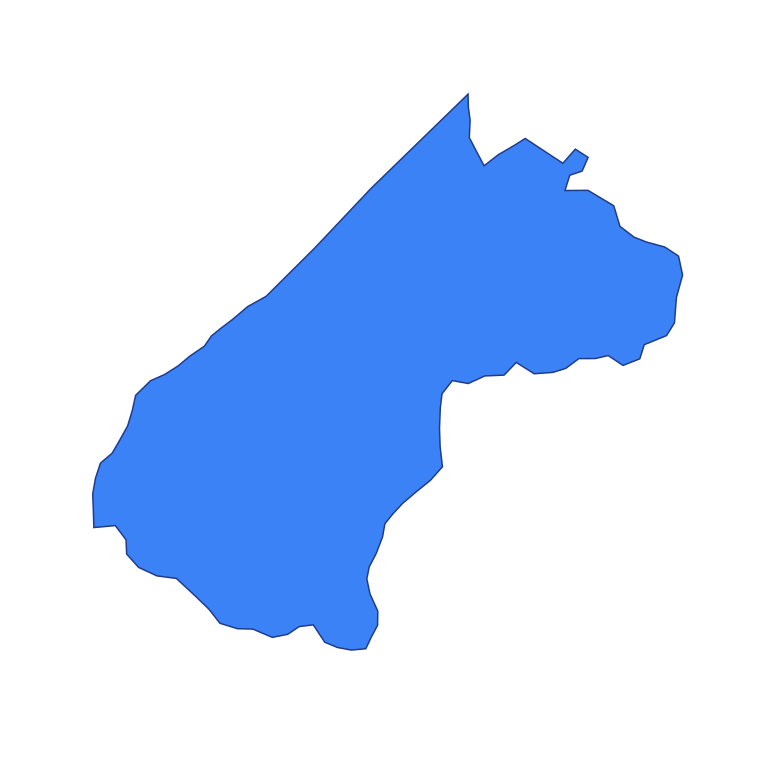 Canudos do Vale, Rio Grande do Sul, Brazil, rotated 134°
{"feature_id": "56859067B82095060655770", "entity_name": "Canudos do Vale", "entity_type": "district", "adm_level": 2, "iso_a3": "BRA", "parent_name": "Brazil", "parent_adm1": "Rio Grande do Sul", "projection": "orthographic", "projection_center": [-52.234, -29.324], "detail": "fine", "context": "isolated", "style": "filled", "palette": "blue", "viewbox_px": 768, "rotation_deg": 134, "n_neighbors": 0, "source": "geoboundaries", "source_scale": "gbopen_adm2", "svg_char_len": 1363}
<svg xmlns="http://www.w3.org/2000/svg" viewBox="0 0 768 768"><g transform="rotate(134 384 384)"><path d="M117.1,524.9L252.3,529.2L333.9,528.3L402.8,529.7L422.9,535.8L442.7,537.8L457.5,540.1L469.3,541.5L481.4,539.5L498.7,543.0L514.2,544.7L529.8,548.5L543.8,554.2L564.6,554.8L577.9,546.7L592.2,539.3L608.3,535.0L622.6,531.5L637.9,533.0L652.2,526.1L665.5,517.1L677.3,504.8L688.8,493.0L672.5,478.9L675.3,461.3L685.1,451.0L686.4,433.1L679.8,414.1L668.1,398.3L667.6,373.3L667.6,353.4L670.1,335.8L661.8,319.4L651.5,308.2L643.8,288.3L631.0,279.4L617.4,276.5L606.4,267.6L610.9,247.2L605.9,234.5L598.1,222.7L587.1,213.2L574.3,217.5L562.0,221.0L551.7,230.7L544.7,248.3L536.1,261.0L525.8,267.6L511.3,271.9L495.0,278.8L483.9,286.3L471.1,287.4L457.1,287.7L439.7,286.0L420.9,283.7L402.9,284.5L390.1,300.1L377.3,313.3L362.2,326.8L350.7,335.5L334.1,337.2L325.1,323.7L308.2,317.1L294.2,303.8L276.6,303.8L272.3,283.1L258.5,270.7L246.5,264.1L230.4,261.5L218.9,249.7L207.8,242.5L204.6,225.0L188.2,217.5L174.9,224.1L152.9,214.4L138.3,217.5L118.7,233.7L98.2,244.9L87.4,261.0L90.4,277.1L99.7,294.1L104.7,306.2L106.7,323.8L96.2,342.5L103.0,371.8L119.1,388.2L104.8,395.4L93.2,389.4L79.2,394.6L82.2,409.5L101.0,408.7L109.3,453.0L122.1,456.1L139.4,461.0L157.5,463.6L153.0,477.4L147.5,493.8L134.4,505.3L126.2,515.7L117.1,524.9Z" fill="#3b82f6" stroke="#1e3a8a" stroke-width="1.5"/></g></svg>